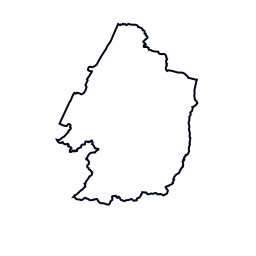 outline of Ntchisi, Ntchisi, Malawi, rotated 217°
{"feature_id": "42251766B52093988372546", "entity_name": "Ntchisi", "entity_type": "district", "adm_level": 2, "iso_a3": "MWI", "parent_name": "Malawi", "parent_adm1": "Ntchisi", "projection": "mercator", "projection_center": [33.991, -13.273], "detail": "fine", "context": "isolated", "style": "outline", "palette": "ink", "viewbox_px": 256, "rotation_deg": 217, "n_neighbors": 0, "source": "geoboundaries", "source_scale": "gbopen_adm2", "svg_char_len": 5700}
<svg xmlns="http://www.w3.org/2000/svg" viewBox="0 0 256 256"><g transform="rotate(217 128 128)"><path d="M193.4,208.5L193.7,208.3L194.7,208.3L195.0,206.9L196.2,206.2L196.3,205.3L198.5,205.1L194.2,187.5L193.9,185.8L193.9,181.6L193.2,178.5L192.4,168.0L191.2,160.0L191.5,158.9L191.4,158.3L193.2,154.9L194.8,154.4L195.6,153.7L195.9,152.9L195.5,151.2L194.7,150.2L193.6,150.3L191.0,151.4L190.8,151.5L190.7,151.4L190.2,145.8L190.2,142.4L189.5,142.2L188.9,141.8L188.8,140.8L188.0,137.7L188.0,137.1L187.6,136.5L185.9,136.0L184.7,132.9L184.6,132.0L184.3,129.4L185.4,126.8L186.9,126.6L188.6,126.1L189.3,125.6L190.0,125.5L190.4,124.0L190.9,123.9L191.7,124.0L192.1,122.8L191.6,121.1L191.6,120.4L190.3,115.1L190.2,113.2L185.3,90.2L184.9,90.1L183.2,90.7L181.4,91.0L178.4,92.4L178.1,92.8L178.2,94.0L177.9,95.3L177.3,95.7L176.4,95.8L175.4,95.5L175.1,95.2L175.0,93.9L174.6,93.7L173.7,93.6L173.3,92.9L173.4,91.5L173.9,89.9L173.3,89.5L173.1,89.0L173.6,86.4L173.5,84.6L173.8,83.6L173.9,82.3L175.0,80.1L174.9,79.1L175.2,78.7L175.7,77.1L176.2,76.6L177.8,75.8L176.8,75.3L174.1,74.8L172.4,75.8L171.8,77.4L171.4,77.4L170.5,76.9L170.1,76.8L168.6,77.0L168.0,77.4L167.2,78.7L166.7,79.0L166.0,79.2L165.4,78.9L165.2,78.4L165.2,77.4L164.9,77.3L164.5,77.4L163.6,77.9L162.7,78.2L161.0,77.8L161.0,77.6L161.3,75.6L161.1,75.2L160.2,74.7L160.3,74.2L160.1,74.0L159.7,74.2L159.1,74.6L158.6,75.3L158.8,76.3L158.6,76.7L156.7,77.1L157.0,77.8L156.8,78.0L155.4,78.4L154.9,79.0L155.1,79.4L155.9,80.0L155.5,81.1L155.6,81.6L155.5,81.8L154.9,82.5L154.7,83.4L153.9,84.3L154.0,84.7L154.7,85.6L154.8,86.1L154.7,86.8L154.2,87.6L152.8,88.6L152.6,89.1L152.9,89.8L153.6,90.8L153.8,91.2L153.6,91.7L152.7,92.5L151.6,92.6L151.4,92.7L151.3,93.5L151.1,93.6L150.4,93.4L150.2,93.6L150.1,94.6L149.6,95.2L149.3,96.1L147.4,95.1L147.2,94.7L147.0,93.5L145.8,93.5L144.8,93.3L142.2,92.0L141.5,92.2L140.6,92.8L140.2,92.8L139.2,93.4L138.8,92.8L138.9,92.4L139.7,90.1L139.6,88.6L139.9,88.2L140.6,88.0L141.2,87.2L142.2,86.5L143.1,84.8L143.3,82.6L142.9,79.9L142.9,78.2L142.6,77.9L142.4,77.9L141.7,78.6L140.9,78.0L139.9,78.0L139.2,77.7L138.5,77.1L138.2,76.4L137.6,75.6L137.6,75.2L138.0,74.0L137.7,72.9L137.2,72.4L136.5,72.2L135.3,72.2L134.3,71.5L133.2,71.7L132.2,71.6L131.3,71.1L129.8,71.2L129.6,71.0L129.6,70.3L128.8,68.8L128.8,68.1L129.7,66.0L129.4,65.1L129.3,60.4L129.0,58.8L128.7,58.5L129.1,57.4L128.2,57.3L127.8,56.1L127.6,55.9L126.9,55.7L127.2,54.0L127.4,51.3L128.0,50.5L128.0,49.5L128.5,48.1L128.3,47.2L128.8,46.1L128.9,44.2L130.1,42.3L130.1,40.2L129.5,40.9L129.3,41.0L127.5,40.1L126.9,40.3L125.7,40.4L123.0,42.1L122.0,42.2L121.5,42.8L121.1,43.7L120.6,45.7L120.0,46.7L118.9,46.6L117.3,47.3L115.1,47.3L113.0,49.0L112.7,49.4L112.5,50.2L111.7,50.6L110.9,51.9L110.2,52.5L109.5,52.5L107.8,51.6L105.1,51.4L103.7,52.0L102.1,53.3L98.9,54.2L97.9,54.8L97.2,55.4L97.2,57.2L97.8,58.8L97.3,61.2L98.0,62.2L99.4,63.5L99.3,64.2L98.8,64.8L97.8,65.5L97.2,66.5L95.9,66.3L95.5,65.7L95.2,65.7L94.5,65.8L94.0,66.3L94.0,67.5L93.8,67.5L92.6,67.4L91.1,66.5L90.6,66.4L89.6,66.5L88.8,67.0L87.3,67.2L86.6,67.9L86.3,68.8L83.7,71.5L82.8,73.2L82.2,73.5L80.3,73.2L79.0,73.8L78.4,74.9L77.6,75.5L78.0,76.0L78.3,77.5L77.4,78.6L76.9,80.6L77.0,81.2L77.4,82.4L77.4,83.6L78.0,85.3L77.5,85.4L76.7,86.2L75.5,86.6L75.2,87.1L74.7,87.4L74.0,87.3L72.9,86.9L71.9,87.3L71.1,88.2L70.3,89.5L68.5,90.4L68.2,91.0L66.6,92.9L64.4,92.9L63.4,93.6L62.6,94.8L61.6,94.9L60.5,95.5L59.1,95.5L58.8,95.9L58.3,97.3L57.8,98.2L57.5,99.4L57.7,100.1L58.1,100.7L58.3,101.7L58.6,102.1L59.3,102.4L60.3,102.4L61.0,103.1L62.0,103.2L62.1,103.8L62.4,103.9L61.8,105.0L61.1,105.7L61.1,106.0L60.7,106.6L60.4,107.5L59.6,108.6L59.1,109.8L58.9,110.8L58.9,111.1L59.5,111.1L59.6,111.5L59.5,112.1L59.9,112.7L60.1,114.4L60.8,114.2L61.3,115.1L61.3,116.1L61.7,117.3L61.4,120.1L60.2,122.8L61.0,125.9L61.1,128.5L60.9,130.2L60.9,130.6L61.2,130.8L61.5,130.7L61.7,130.9L61.8,131.9L62.2,132.4L64.1,133.9L64.2,134.5L63.7,135.5L63.8,135.8L64.5,135.9L64.1,136.8L64.3,137.1L65.1,137.5L65.4,138.0L65.4,138.6L65.2,138.8L65.3,139.3L65.1,139.8L65.7,140.7L65.7,141.3L64.9,141.8L64.5,142.7L65.1,146.0L65.5,146.5L66.9,147.8L67.5,149.3L68.2,150.2L68.6,152.1L69.1,152.6L69.7,152.8L69.9,153.4L70.4,153.9L71.0,155.4L72.4,157.7L72.7,157.6L73.0,157.7L74.0,158.5L74.7,160.1L76.4,162.0L78.5,163.4L79.1,164.9L79.6,165.6L80.9,167.1L82.9,168.7L83.6,171.1L84.2,171.7L84.7,172.6L85.6,173.6L85.8,174.3L86.0,176.5L86.4,176.9L87.2,177.4L87.5,177.8L87.5,178.6L87.1,179.6L87.4,181.0L88.5,183.1L89.2,183.4L88.1,185.1L87.6,187.6L87.6,189.7L88.4,190.2L91.6,191.0L92.4,191.6L94.5,193.7L96.1,196.4L97.1,197.3L98.0,198.8L101.7,206.8L102.1,208.0L103.9,206.9L105.2,206.7L105.9,206.0L108.5,205.2L109.7,204.3L111.2,205.0L115.5,205.4L116.6,205.3L118.1,204.8L120.3,203.2L121.8,202.2L125.7,200.7L129.7,198.9L130.7,198.0L131.0,197.1L133.0,197.6L133.3,197.9L134.4,199.5L134.5,200.0L134.4,200.9L135.1,201.6L135.4,202.5L136.0,202.3L136.3,202.9L137.8,204.1L138.1,204.7L138.0,206.2L138.2,206.6L139.8,207.1L140.1,207.8L140.3,208.0L141.5,208.7L142.5,209.0L143.2,209.0L143.8,208.8L145.6,207.2L147.4,206.2L148.4,206.2L149.5,207.1L149.8,207.1L153.4,204.8L155.2,204.1L157.3,203.8L158.2,203.0L159.3,203.6L159.6,204.3L161.1,204.3L161.6,204.1L163.9,202.3L164.1,202.3L164.6,202.6L165.1,204.1L163.9,204.9L164.0,205.4L165.4,205.9L167.4,205.9L167.8,206.2L167.5,208.4L166.8,210.8L166.8,211.5L166.9,212.0L167.5,212.5L168.2,212.8L169.6,212.7L170.0,213.5L170.6,213.9L171.7,213.5L171.9,213.6L172.2,214.3L172.9,215.2L173.3,215.4L174.7,215.3L175.1,215.0L176.0,215.7L177.8,215.9L178.9,215.3L179.7,215.3L180.9,214.8L181.9,215.5L182.4,215.5L183.1,215.4L184.9,214.5L186.0,213.6L188.5,212.0L190.0,211.6L190.4,211.3L191.0,209.5L191.3,209.1L192.7,209.3L192.9,209.2L193.4,208.5Z" fill="none" stroke="#020617" stroke-width="2"/></g></svg>